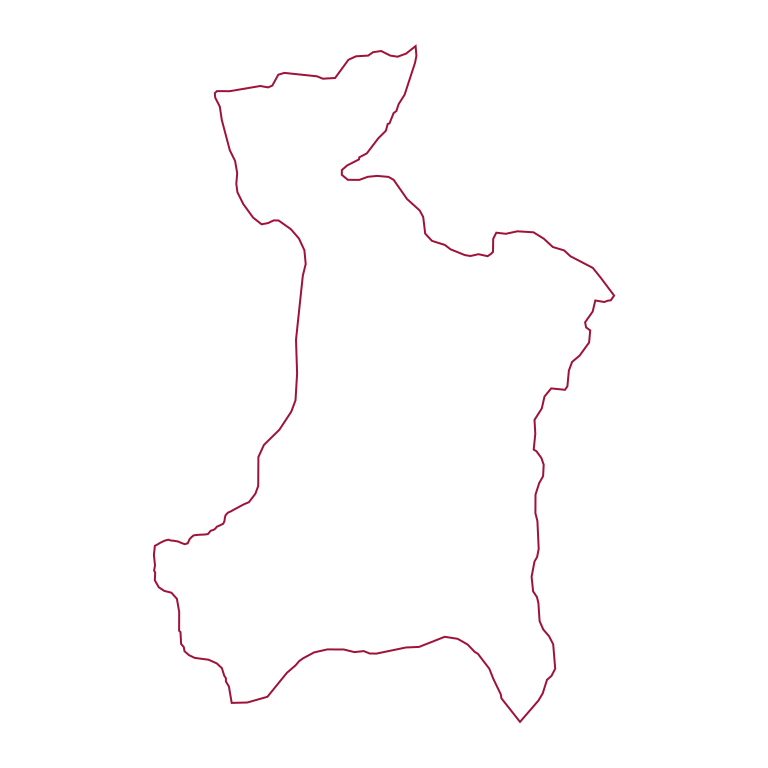 Comitancillo, San Marcos, Guatemala
{"feature_id": "79465075B17220282453163", "entity_name": "Comitancillo", "entity_type": "district", "adm_level": 2, "iso_a3": "GTM", "parent_name": "Guatemala", "parent_adm1": "San Marcos", "projection": "natural_earth1", "projection_center": [-91.754, 15.119], "detail": "fine", "context": "isolated", "style": "outline", "palette": "rose", "viewbox_px": 768, "rotation_deg": 0, "n_neighbors": 0, "source": "geoboundaries", "source_scale": "gbopen_adm2", "svg_char_len": 2863}
<svg xmlns="http://www.w3.org/2000/svg" viewBox="0 0 768 768"><path d="M614.1,295.6L600.7,277.7L592.8,267.9L570.5,256.3L564.1,250.4L552.8,247.0L543.8,238.7L533.5,232.3L517.4,231.3L505.8,233.8L496.3,232.7L493.2,238.8L493.0,251.9L490.7,254.1L487.6,256.2L478.5,254.2L470.4,256.0L464.9,255.1L450.5,249.3L445.0,245.0L432.0,240.9L425.2,233.6L423.2,217.0L419.7,210.5L407.0,199.0L393.6,179.8L388.5,176.9L377.2,175.9L367.8,176.8L359.3,179.9L347.8,179.8L341.8,174.8L341.9,170.0L347.2,165.4L359.0,159.4L359.3,157.3L366.8,153.4L378.2,138.4L385.9,130.7L387.7,124.0L389.5,123.4L393.6,113.1L396.4,111.0L398.6,104.2L404.6,94.7L415.0,62.9L416.4,55.9L415.6,46.1L406.1,53.6L397.6,56.7L390.3,55.6L381.1,51.0L373.1,52.2L368.2,55.6L356.0,56.3L348.4,59.8L335.1,78.0L322.8,78.7L317.0,76.3L284.4,72.9L278.3,74.7L272.3,85.6L268.1,87.4L260.3,86.0L229.6,91.2L217.0,91.1L214.8,93.1L215.2,97.6L219.8,106.6L221.8,120.0L229.8,150.2L235.1,161.0L237.2,173.2L236.3,183.8L237.4,192.2L243.3,204.1L253.1,217.6L261.6,224.3L268.0,223.1L273.7,220.4L278.6,220.5L290.9,229.2L299.0,238.6L304.4,250.3L305.7,264.0L302.8,275.8L296.0,339.8L297.1,373.5L295.5,400.3L291.3,411.6L279.4,429.7L268.3,440.6L264.0,444.8L258.4,457.0L258.2,486.0L255.4,493.7L248.9,502.2L244.3,504.1L241.8,505.4L232.7,510.3L231.0,511.3L228.0,512.6L225.7,515.0L225.0,517.1L224.4,521.2L223.2,523.8L221.2,524.7L219.7,525.5L217.0,526.6L215.2,528.7L213.7,529.8L210.6,530.8L209.1,532.6L207.9,534.1L205.0,534.5L202.7,534.6L198.3,534.8L196.4,535.0L193.6,535.4L191.4,537.2L189.5,539.3L188.6,541.4L187.7,543.3L184.8,544.2L182.3,543.3L180.3,542.5L178.1,541.5L175.2,541.0L173.2,540.7L170.9,540.5L168.2,539.7L164.6,540.7L160.4,542.7L156.9,544.8L154.9,545.8L153.9,554.8L155.0,565.4L154.1,570.6L155.2,572.6L154.8,580.3L158.8,587.3L164.3,590.9L171.4,592.7L176.9,598.8L179.2,612.0L179.1,630.7L180.5,632.2L181.1,643.9L183.8,647.1L184.5,651.2L188.9,655.1L194.7,657.9L208.5,659.7L216.8,663.4L221.9,668.2L224.2,675.6L225.9,678.3L225.9,681.5L228.9,686.5L231.7,702.9L247.3,702.5L267.4,696.8L286.9,672.8L295.5,665.4L299.3,661.0L303.3,658.2L314.1,652.4L327.4,649.4L343.8,649.5L354.4,652.1L363.8,651.1L369.7,653.5L376.4,653.6L405.9,647.5L419.1,646.9L444.7,636.8L457.6,638.8L467.6,644.5L474.7,651.9L477.9,653.8L489.3,668.7L493.3,678.8L500.8,694.4L501.4,698.3L520.0,721.9L538.5,700.5L542.7,693.4L547.0,679.8L551.5,675.9L555.2,668.7L553.2,644.3L549.1,636.3L543.2,629.4L539.6,621.1L538.4,603.1L537.0,597.2L533.1,591.3L531.6,576.7L534.5,561.5L537.1,557.0L538.7,549.0L537.4,521.0L535.4,513.2L535.5,494.6L539.2,483.1L543.1,476.1L543.7,464.7L541.4,458.0L536.4,451.2L533.7,449.6L535.3,433.8L534.5,419.9L541.8,408.4L544.5,396.5L551.2,388.4L565.0,389.8L567.4,386.3L568.9,370.5L572.1,361.9L579.6,355.6L589.1,342.5L590.2,330.4L586.1,327.4L585.1,322.3L592.7,311.5L595.3,300.5L604.3,302.0L607.7,300.7L610.8,300.3L614.1,295.6Z" fill="none" stroke="#9f1239" stroke-width="2"/></svg>